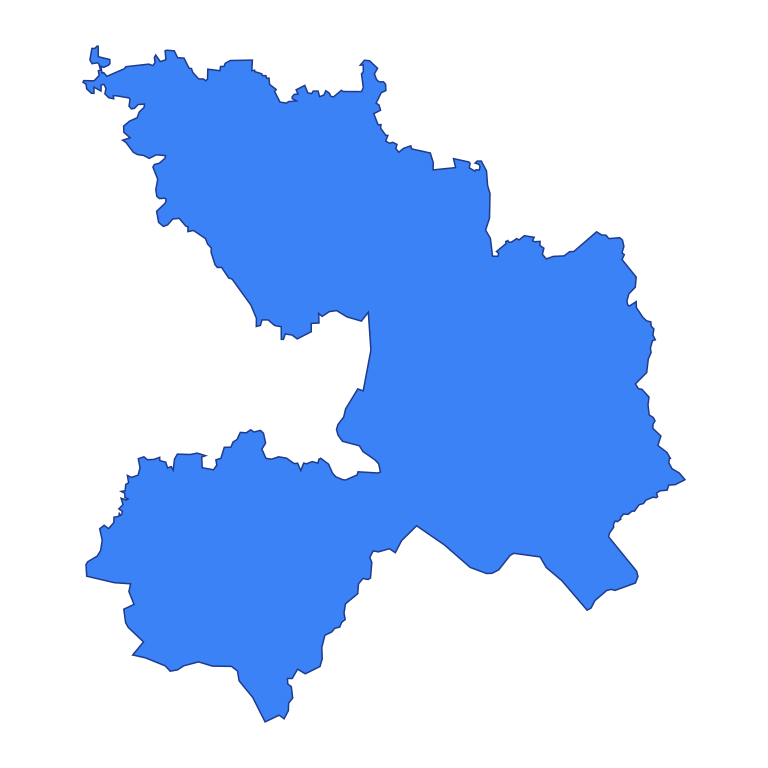 outline of Dhaka, Dhaka, Bangladesh
{"feature_id": "16705992B90744549146712", "entity_name": "Dhaka", "entity_type": "district", "adm_level": 2, "iso_a3": "BGD", "parent_name": "Bangladesh", "parent_adm1": "Dhaka", "projection": "mercator", "projection_center": [90.205, 23.783], "detail": "fine", "context": "isolated", "style": "filled", "palette": "blue", "viewbox_px": 768, "rotation_deg": 0, "n_neighbors": 0, "source": "geoboundaries", "source_scale": "gbopen_adm2", "svg_char_len": 5995}
<svg xmlns="http://www.w3.org/2000/svg" viewBox="0 0 768 768"><path d="M252.4,60.1L230.3,60.5L225.2,63.3L224.1,66.4L220.5,66.5L219.9,70.7L207.8,69.2L207.5,79.2L205.7,80.8L203.6,79.0L198.6,78.9L192.7,72.3L191.5,68.6L189.0,68.1L184.0,58.1L177.6,57.7L174.3,50.8L166.5,50.2L165.1,50.8L165.9,59.7L160.3,61.6L155.7,55.0L154.3,57.6L155.1,62.5L152.9,65.6L148.8,64.1L125.9,66.7L124.4,68.7L106.9,76.3L103.7,72.6L102.0,73.0L100.9,66.3L103.6,67.4L108.5,65.2L109.9,63.7L109.8,59.5L98.3,56.7L98.2,46.2L97.2,46.1L94.8,48.4L91.9,48.4L89.9,59.9L92.0,63.7L97.6,62.8L98.8,64.0L100.6,69.8L98.3,70.9L99.2,75.4L94.1,80.8L83.7,80.6L83.0,82.3L86.1,84.2L86.6,88.8L91.4,93.3L94.0,93.3L93.9,87.2L101.0,91.0L101.1,85.1L103.8,84.3L106.0,88.3L104.9,93.8L108.7,97.7L113.7,98.8L113.3,95.9L115.8,95.7L129.0,97.9L130.0,99.4L129.0,106.1L131.4,108.9L134.4,108.4L138.1,104.5L144.5,104.1L144.0,107.5L139.3,111.9L137.1,117.8L129.7,121.0L123.6,126.1L123.9,132.4L130.1,137.8L122.6,140.2L126.1,142.6L133.3,152.3L137.6,154.6L143.8,155.5L149.2,158.4L156.3,154.8L165.5,155.6L164.9,158.4L159.3,163.2L154.4,164.5L152.9,167.1L157.7,179.2L155.8,189.8L156.8,196.3L159.5,198.6L164.9,198.2L166.1,199.7L165.3,203.0L156.6,211.3L158.6,222.4L163.4,226.4L167.6,224.9L172.8,219.0L179.2,218.4L185.8,226.1L188.0,226.8L187.9,231.6L193.5,230.5L205.5,238.6L207.7,244.2L211.3,248.0L211.1,252.3L215.1,264.8L217.4,267.5L221.6,267.4L228.7,278.0L232.1,279.1L250.9,305.1L256.4,318.3L256.3,326.5L260.4,325.4L262.0,319.9L268.1,319.9L274.6,325.5L281.2,326.7L281.3,339.4L283.4,339.4L285.3,334.0L292.0,335.0L297.2,338.9L311.3,331.7L311.2,323.4L319.0,323.0L318.7,313.5L322.1,316.4L329.4,311.6L336.6,310.6L347.0,316.9L361.4,321.1L368.3,312.2L370.9,350.1L363.2,390.9L357.8,388.9L345.6,408.9L343.7,417.0L337.9,424.6L336.5,429.5L338.0,435.1L342.5,441.3L359.4,445.8L362.9,451.5L375.0,459.9L378.7,463.9L380.4,471.9L378.0,473.0L358.0,471.8L357.2,474.9L345.7,480.0L342.7,479.7L335.8,476.8L332.5,473.1L328.6,464.2L320.8,458.3L318.8,459.3L318.0,463.1L312.1,461.6L306.7,463.8L303.7,463.1L300.8,470.6L297.6,463.2L294.2,463.6L286.5,458.1L278.5,456.8L271.8,459.2L265.9,458.3L261.9,449.1L265.6,443.1L263.5,433.3L260.5,430.4L254.0,432.0L250.7,429.8L246.2,432.8L240.3,432.4L237.0,439.6L233.1,441.9L230.9,447.2L224.3,447.3L220.9,458.3L215.9,459.8L216.8,465.1L213.5,469.8L202.2,467.7L201.7,457.0L205.6,455.7L197.1,453.1L190.3,454.5L177.4,454.1L174.5,459.1L173.2,470.2L171.2,466.6L167.5,467.9L165.8,462.2L159.8,460.6L159.7,457.3L154.0,459.4L147.3,459.7L143.9,456.8L138.3,458.7L140.0,467.8L138.1,475.2L131.3,477.4L127.4,475.4L128.6,482.8L125.7,484.5L125.2,490.7L121.2,491.4L124.8,493.3L124.9,497.5L128.1,498.9L126.3,500.0L121.1,498.2L123.0,504.6L118.8,508.9L122.5,511.5L121.6,514.4L120.5,515.4L119.3,513.5L118.7,516.4L114.0,517.2L113.8,522.6L108.6,528.6L104.1,525.3L99.7,528.8L102.2,540.2L100.6,550.6L97.2,556.1L87.9,561.6L86.0,564.5L86.7,576.2L114.4,582.7L130.6,583.8L128.9,591.5L134.0,604.4L123.8,609.2L125.6,622.7L128.3,627.5L143.5,641.9L132.7,655.0L145.3,657.8L165.3,665.9L170.2,671.2L177.5,669.9L183.8,665.8L198.4,661.9L212.4,666.1L231.5,666.4L237.5,671.0L239.1,680.8L252.8,697.6L265.1,721.9L279.2,715.2L284.1,718.8L288.4,710.6L288.6,703.2L292.7,698.0L291.3,686.7L287.8,684.0L287.4,678.5L292.2,678.5L297.6,669.2L305.3,673.8L320.0,666.5L322.2,658.8L321.8,647.4L324.9,635.3L331.8,631.9L334.7,628.3L339.7,627.1L341.7,622.3L345.2,619.5L344.0,613.0L345.5,603.8L357.7,593.7L358.5,583.9L362.9,578.5L368.1,579.5L370.5,578.0L371.8,562.5L369.8,557.4L373.2,550.9L378.4,551.9L389.4,548.7L395.3,552.7L401.6,540.6L416.6,525.8L444.4,544.9L470.2,567.4L486.5,573.5L492.0,573.3L498.8,569.8L510.1,555.4L513.8,553.3L540.1,556.9L546.3,567.6L561.9,580.7L587.1,610.2L591.1,608.0L594.9,600.6L606.7,590.5L611.2,589.4L615.0,590.4L635.4,583.0L638.0,576.5L636.6,571.2L608.7,536.9L609.4,533.3L613.7,527.2L613.5,524.0L615.2,521.1L617.4,521.6L620.8,519.2L620.5,517.5L623.5,514.1L628.1,514.3L632.1,511.1L634.4,511.2L639.1,504.7L643.5,503.5L645.8,500.2L652.9,497.2L656.4,497.7L657.6,496.6L656.4,493.3L659.7,490.9L667.2,490.1L668.6,485.2L675.3,484.6L685.0,479.7L679.3,473.0L672.0,468.7L668.9,462.9L669.3,458.6L670.4,458.4L666.9,452.4L657.9,445.5L660.9,436.0L652.9,428.4L653.0,424.3L655.0,420.9L653.4,417.6L649.2,414.9L648.0,404.8L649.0,397.1L642.0,389.4L638.4,388.6L635.4,383.9L646.7,372.5L648.3,358.9L651.1,352.5L650.4,348.2L652.5,340.6L655.3,339.8L652.9,335.0L653.9,328.9L651.2,326.2L650.8,321.8L646.7,320.9L642.9,317.4L636.4,307.6L636.2,301.6L629.6,305.9L627.8,305.1L626.9,301.2L628.8,293.9L635.3,287.2L636.2,277.1L622.0,259.5L624.3,254.7L622.0,252.8L623.9,246.4L622.5,240.2L619.8,237.7L608.8,238.6L606.0,235.2L601.7,235.0L596.6,231.8L573.8,251.5L569.6,251.7L564.1,255.9L553.3,256.4L546.3,258.9L542.4,254.4L543.9,248.2L539.9,245.5L540.1,241.4L534.5,241.7L532.5,240.7L534.2,237.3L524.3,235.7L519.1,239.9L516.7,238.6L511.6,242.0L509.1,242.4L507.8,240.5L505.7,241.6L505.9,243.7L496.5,251.5L498.7,253.3L497.9,256.3L492.5,256.2L490.4,238.4L485.6,230.1L489.5,218.2L490.0,193.6L487.6,185.5L486.5,170.9L481.3,161.1L477.2,161.1L475.1,163.1L479.0,164.3L480.0,166.5L479.3,170.0L476.0,169.8L474.9,171.1L469.3,167.9L470.1,163.4L469.0,162.0L453.5,158.6L455.6,167.6L433.1,169.9L433.3,162.8L430.3,153.0L411.6,148.9L410.8,145.8L403.5,148.4L398.9,152.2L395.8,148.6L397.0,144.4L392.7,142.3L389.5,143.3L385.7,141.0L387.9,135.4L385.8,135.3L380.6,128.2L381.0,124.6L378.1,124.8L373.8,113.7L380.6,110.2L379.0,105.0L376.1,103.2L381.2,92.7L385.9,90.6L385.6,84.3L383.5,81.8L379.0,81.8L376.5,79.5L374.4,73.8L377.6,68.3L369.6,60.8L364.5,60.2L360.3,65.1L363.2,65.0L363.3,71.9L361.5,73.9L363.3,87.6L361.5,91.6L343.2,91.5L341.4,90.3L333.4,97.0L330.7,96.2L329.4,93.2L325.8,90.7L323.9,95.0L319.6,96.7L318.1,91.1L313.2,91.1L311.7,93.6L307.8,92.9L304.8,85.4L296.1,89.8L298.0,94.0L294.2,94.4L292.2,96.8L292.1,98.5L296.4,100.9L288.5,101.6L286.5,103.1L280.0,102.1L274.6,91.4L276.2,89.5L269.6,84.4L269.0,78.1L266.7,78.3L265.9,75.7L262.4,75.6L261.7,73.8L254.8,71.6L254.6,70.2L251.8,70.6L252.4,60.1Z" fill="#3b82f6" stroke="#1e3a8a" stroke-width="1.5"/></svg>